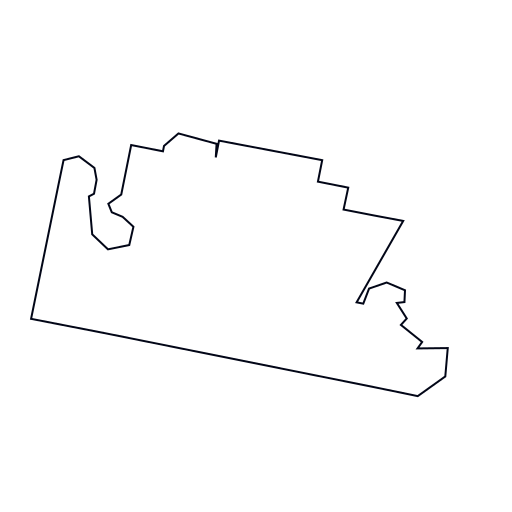 outline of Leflore, Mississippi, United States of America, rotated 281°
{"feature_id": "52423323B21456355443716", "entity_name": "Leflore", "entity_type": "district", "adm_level": 2, "iso_a3": "USA", "parent_name": "United States of America", "parent_adm1": "Mississippi", "projection": "albers", "projection_center": [-90.256, 33.523], "detail": "fine", "context": "isolated", "style": "outline", "palette": "ink", "viewbox_px": 512, "rotation_deg": 281, "n_neighbors": 0, "source": "geoboundaries", "source_scale": "gbopen_adm2", "svg_char_len": 721}
<svg xmlns="http://www.w3.org/2000/svg" viewBox="0 0 512 512"><g transform="rotate(281 256 256)"><path d="M341.1,112.3L290.6,112.0L279.1,101.1L271.4,106.1L269.0,117.6L261.3,130.1L242.6,129.5L234.3,109.4L246.0,91.1L282.6,80.6L286.2,85.1L300.4,85.0L311.6,80.6L320.1,63.1L313.4,48.8L288.5,48.5L151.4,47.2L151.4,121.7L149.8,396.5L149.4,435.1L149.3,441.5L173.9,464.8L202.2,461.8L196.1,432.2L203.3,435.5L216.0,411.4L223.4,415.9L236.8,403.2L239.1,410.5L250.8,408.8L254.9,389.3L245.6,373.2L229.7,370.4L229.7,363.6L318.5,393.8L318.3,364.2L318.3,333.1L340.7,333.5L340.8,302.6L362.7,302.7L362.2,197.7L345.1,197.7L358.6,195.9L361.5,156.5L346.5,144.7L341.0,144.7L341.1,112.3Z" fill="none" stroke="#020617" stroke-width="2"/></g></svg>